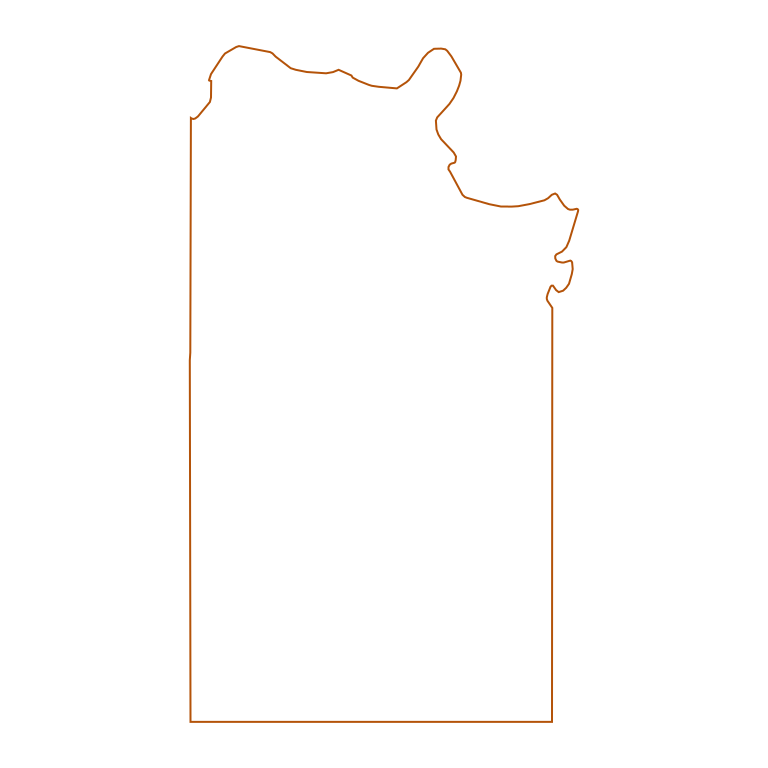 the district of Clay, Texas, United States of America
{"feature_id": "52423323B2844770292718", "entity_name": "Clay", "entity_type": "district", "adm_level": 2, "iso_a3": "USA", "parent_name": "United States of America", "parent_adm1": "Texas", "projection": "orthographic", "projection_center": [-98.12, 33.812], "detail": "fine", "context": "isolated", "style": "outline", "palette": "amber", "viewbox_px": 768, "rotation_deg": 0, "n_neighbors": 0, "source": "geoboundaries", "source_scale": "gbopen_adm2", "svg_char_len": 1513}
<svg xmlns="http://www.w3.org/2000/svg" viewBox="0 0 768 768"><path d="M190.5,721.9L552.0,721.9L552.3,307.9L547.4,300.7L546.8,298.9L546.8,297.3L547.6,294.1L550.5,286.8L551.5,285.7L553.0,285.7L556.1,290.1L558.7,292.1L563.1,290.7L566.2,287.8L569.0,283.8L571.8,274.1L572.7,269.1L572.1,262.3L571.2,261.0L570.3,260.6L563.9,262.5L561.9,262.5L557.6,261.6L556.5,260.9L555.3,258.5L555.2,256.1L556.4,254.4L562.0,251.6L566.4,247.1L569.2,240.7L578.0,211.4L578.2,210.0L577.6,209.1L576.7,208.8L572.6,209.7L570.0,209.7L568.0,209.0L564.2,205.7L559.8,199.5L557.1,194.8L555.1,193.5L551.8,194.8L548.1,198.2L544.4,200.3L529.5,204.1L518.3,206.2L511.7,206.6L500.8,206.5L489.3,204.2L466.9,197.8L464.9,197.0L462.5,194.8L450.0,171.6L448.5,169.5L448.5,167.0L449.7,164.7L451.3,163.6L454.6,162.7L455.2,162.0L455.7,160.0L456.0,156.5L453.7,152.5L441.1,139.2L438.3,134.5L436.5,129.5L435.9,120.6L437.2,117.4L449.4,104.0L453.5,98.0L456.9,91.3L459.1,85.7L460.5,80.7L461.2,74.6L460.9,72.7L451.4,56.4L447.2,50.8L445.3,49.3L441.2,48.6L434.0,48.8L428.0,52.8L423.1,58.2L421.3,61.3L418.3,66.6L408.9,80.0L406.4,82.2L396.9,88.4L378.8,86.8L371.8,85.8L368.9,84.9L358.5,80.8L352.7,77.6L351.4,75.5L338.6,69.8L333.0,72.1L326.1,73.3L306.8,72.0L295.8,69.8L290.7,68.2L275.6,56.6L272.5,53.4L270.2,52.1L239.0,46.1L236.2,47.0L225.0,53.5L222.5,56.6L211.0,74.1L209.0,80.2L209.3,80.6L211.2,81.0L211.0,97.5L209.9,102.0L197.9,116.5L195.2,118.5L193.4,119.0L191.6,118.5L190.9,118.0L190.3,352.7L189.8,360.3L190.5,721.9Z" fill="none" stroke="#b45309" stroke-width="2"/></svg>